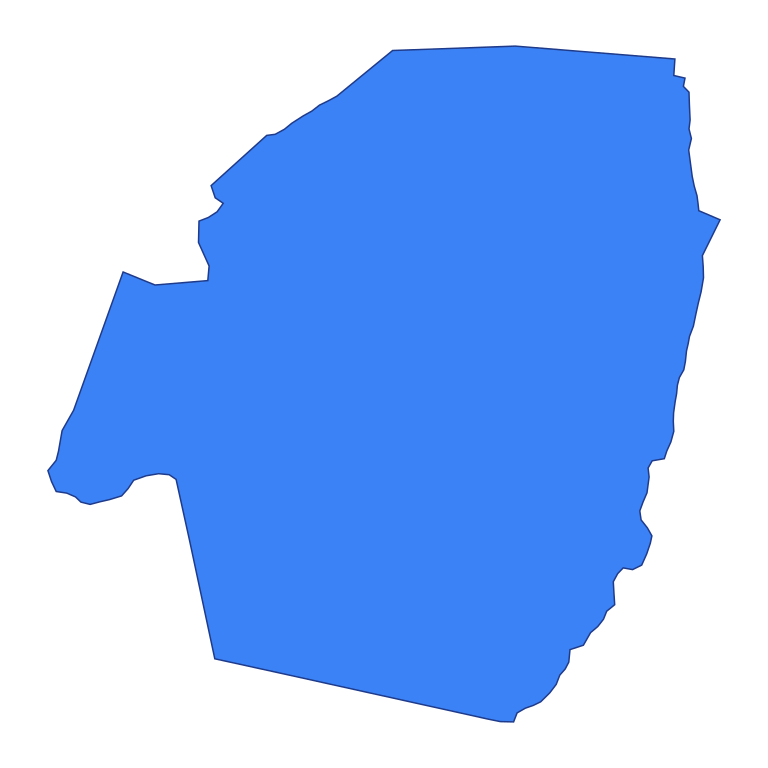 the district of Forquilha, Ceará, Brazil
{"feature_id": "56859067B46311901336077", "entity_name": "Forquilha", "entity_type": "district", "adm_level": 2, "iso_a3": "BRA", "parent_name": "Brazil", "parent_adm1": "Ceará", "projection": "orthographic", "projection_center": [-40.207, -3.827], "detail": "fine", "context": "isolated", "style": "filled", "palette": "blue", "viewbox_px": 768, "rotation_deg": 0, "n_neighbors": 0, "source": "geoboundaries", "source_scale": "gbopen_adm2", "svg_char_len": 1587}
<svg xmlns="http://www.w3.org/2000/svg" viewBox="0 0 768 768"><path d="M513.6,721.9L517.1,712.9L525.3,708.2L533.3,705.4L540.7,701.8L549.8,692.8L556.2,684.4L559.8,675.1L565.2,669.0L568.8,662.1L570.0,649.6L583.4,645.2L590.6,632.6L597.8,626.5L603.5,619.2L606.7,611.2L614.7,604.7L614.0,594.2L613.3,581.7L617.7,573.6L623.2,567.9L632.6,569.6L641.7,565.1L646.7,553.9L650.3,543.3L651.9,535.9L647.4,527.9L641.1,519.9L639.8,510.9L643.0,502.1L647.0,492.8L649.1,477.0L648.1,468.0L652.2,460.8L664.3,458.7L666.8,451.0L670.9,441.9L673.8,431.3L673.3,421.3L673.6,412.8L675.2,401.4L676.6,393.7L677.4,385.2L679.4,377.5L683.8,369.8L685.4,361.4L686.5,350.9L688.2,343.6L689.5,336.4L693.4,326.1L695.9,314.0L698.3,303.1L701.1,291.8L703.5,277.8L703.2,266.8L702.4,255.6L720.1,219.8L698.8,210.7L698.0,203.3L697.0,195.7L694.2,186.0L692.2,176.3L688.7,150.0L691.4,138.5L689.0,128.9L690.1,120.0L689.4,104.7L689.0,92.2L683.4,86.4L685.0,78.1L673.8,75.5L674.9,59.0L515.2,46.1L392.6,50.5L336.8,96.2L327.7,101.1L319.5,105.1L311.8,111.1L303.5,115.7L291.7,123.3L284.5,129.2L275.2,134.3L266.7,135.4L211.1,185.6L215.2,197.8L223.2,203.3L217.1,211.8L208.3,217.5L199.0,221.1L198.5,242.5L209.1,266.0L207.8,280.6L155.0,285.0L123.1,272.0L73.6,410.3L62.1,430.6L60.7,438.6L58.5,451.2L56.2,460.3L47.9,470.6L51.5,481.5L56.2,491.5L66.7,493.1L75.5,496.9L80.9,502.1L90.1,504.4L99.9,501.8L109.5,499.6L121.6,495.9L128.0,488.7L133.7,480.2L146.1,475.8L158.6,473.7L169.2,474.7L176.1,479.4L189.8,541.6L214.8,658.8L282.8,673.7L415.3,703.0L443.9,709.3L486.6,718.8L500.3,721.6L513.6,721.9Z" fill="#3b82f6" stroke="#1e3a8a" stroke-width="1.5"/></svg>